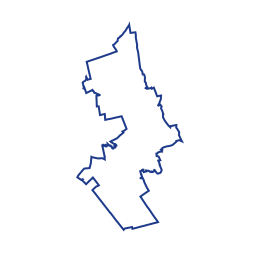 outline of Targu Secuiesc, Covasna, Romania, rotated 292°
{"feature_id": "2599482B4522820448133", "entity_name": "Targu Secuiesc", "entity_type": "district", "adm_level": 2, "iso_a3": "ROU", "parent_name": "Romania", "parent_adm1": "Covasna", "projection": "orthographic", "projection_center": [26.171, 46.007], "detail": "fine", "context": "isolated", "style": "outline", "palette": "blue", "viewbox_px": 256, "rotation_deg": 292, "n_neighbors": 0, "source": "geoboundaries", "source_scale": "gbopen_adm2", "svg_char_len": 5544}
<svg xmlns="http://www.w3.org/2000/svg" viewBox="0 0 256 256"><g transform="rotate(292 128 128)"><path d="M145.9,167.3L145.7,166.8L144.5,167.0L145.3,164.9L145.7,164.1L147.9,160.4L148.8,159.1L151.0,156.5L154.7,154.9L154.7,155.0L156.4,153.6L157.8,152.1L158.8,151.2L159.7,151.1L160.6,151.1L161.6,149.3L161.3,149.2L160.6,148.3L160.2,148.0L160.3,147.5L161.2,147.5L162.8,147.8L164.1,147.6L166.7,147.7L167.9,147.3L170.5,146.5L170.3,146.1L168.3,143.2L172.8,139.0L175.1,136.8L173.3,135.4L173.6,134.9L174.0,134.6L173.8,134.5L173.4,134.0L171.6,131.2L171.4,130.8L171.6,129.7L171.6,129.4L171.8,129.4L172.7,130.2L173.1,130.6L173.8,129.7L175.1,128.5L176.4,127.8L176.8,127.3L177.0,127.0L177.1,126.5L177.3,126.2L180.3,125.1L181.5,124.6L182.5,123.9L183.0,123.4L183.4,123.2L183.5,123.1L183.6,122.8L183.6,122.6L183.2,121.6L184.9,120.6L186.0,119.7L186.3,119.2L186.9,118.0L187.1,117.8L187.5,117.4L188.1,117.0L188.3,116.7L201.9,109.1L205.7,106.4L206.9,105.8L207.6,105.6L207.9,105.6L208.2,105.5L211.2,103.6L214.5,101.5L217.4,100.3L219.5,99.0L217.1,94.7L224.0,90.5L223.6,90.5L220.0,89.6L217.5,89.3L214.6,88.3L213.0,88.0L211.6,87.5L209.4,86.5L209.5,86.4L209.1,86.3L208.4,86.0L207.7,85.3L207.3,85.2L206.4,85.3L205.5,85.6L205.0,85.7L204.5,85.6L200.9,84.1L200.3,83.8L199.3,83.1L198.6,83.8L198.1,84.4L196.1,87.5L195.6,88.2L194.8,88.9L192.3,86.0L190.0,83.6L187.5,80.6L184.8,77.6L173.9,64.9L171.1,66.9L168.6,68.6L159.5,75.0L158.1,73.0L157.6,72.5L158.4,71.7L159.9,70.0L159.5,70.0L159.0,70.5L157.9,70.9L156.7,70.9L155.4,70.4L154.3,69.4L153.7,69.1L153.3,69.1L153.1,69.0L149.0,71.8L148.0,71.9L148.0,72.0L148.4,72.2L149.1,72.4L144.8,76.2L146.3,77.6L149.9,80.7L149.2,81.1L149.4,81.7L149.2,82.2L149.1,82.5L148.8,82.8L148.6,83.1L148.2,83.3L148.0,83.9L148.0,84.2L148.2,84.6L148.3,85.0L148.0,86.5L148.2,88.2L148.2,88.4L148.0,88.8L148.1,89.2L148.1,89.3L147.9,89.4L147.6,89.1L147.2,88.7L147.1,88.3L146.8,87.7L146.1,86.6L136.3,91.0L137.1,92.7L129.5,97.2L130.1,98.1L132.3,101.2L130.5,102.2L128.6,103.0L127.0,103.9L128.0,105.2L130.6,109.3L131.9,111.0L134.2,114.4L136.5,117.7L126.6,127.0L124.3,125.6L122.7,124.2L122.0,125.5L120.1,124.5L117.9,123.2L115.4,122.2L114.5,121.7L113.2,120.7L108.9,116.8L108.6,117.5L108.4,119.1L108.0,120.8L108.0,121.0L108.1,121.3L108.3,121.9L108.2,122.3L107.9,122.6L108.0,123.0L107.8,123.2L107.5,123.4L107.6,123.5L107.5,123.8L107.2,123.9L106.7,123.5L106.5,123.1L106.4,122.6L106.5,122.3L106.4,122.1L106.2,122.0L105.9,122.2L105.9,122.3L106.3,122.6L106.3,122.8L106.2,122.9L106.0,123.2L105.5,123.5L105.2,123.5L105.1,123.4L105.1,122.9L105.2,122.6L105.1,122.4L104.6,122.5L104.1,122.3L103.5,122.1L103.3,121.9L103.2,121.5L103.5,120.8L103.8,120.7L104.2,120.1L104.6,119.9L104.8,119.7L104.6,119.2L104.6,118.9L104.7,118.6L105.1,118.3L104.7,117.9L104.6,117.2L105.0,116.9L104.9,116.6L105.0,115.7L105.4,115.3L105.7,115.2L105.8,114.9L105.6,115.0L105.2,115.4L104.6,115.2L104.4,115.2L104.3,115.3L104.1,115.4L103.7,115.2L103.1,115.1L102.9,114.9L102.6,114.5L102.9,114.2L103.5,113.9L103.7,113.5L103.9,113.4L103.9,113.2L103.7,113.1L103.2,113.1L102.8,113.0L102.5,112.8L102.4,112.7L102.4,112.3L102.5,112.0L102.6,111.8L102.9,111.6L103.1,111.1L102.7,110.9L102.3,110.6L94.5,115.9L93.1,116.7L92.9,117.0L92.8,116.9L90.2,118.2L90.3,117.4L90.3,116.2L90.2,115.2L89.9,114.3L89.3,113.4L89.0,112.7L88.7,111.9L88.5,111.4L88.0,108.7L87.6,106.3L87.5,105.7L87.6,104.9L81.1,106.8L76.5,107.4L75.2,105.0L74.3,103.1L73.9,102.7L73.5,102.4L72.1,101.9L66.1,99.9L64.9,99.6L63.3,99.5L62.3,104.3L62.7,104.6L63.2,104.7L63.5,105.0L63.5,105.3L63.3,105.2L62.9,105.2L62.5,105.1L62.3,105.3L60.2,110.2L64.0,111.8L64.4,111.9L64.5,112.1L65.4,112.4L65.9,112.7L66.7,113.0L66.9,113.2L67.1,113.4L67.3,113.4L67.6,113.4L68.3,113.8L68.9,113.8L69.0,113.9L64.2,122.1L63.9,122.5L62.0,120.7L61.5,120.3L58.6,118.9L57.1,118.3L54.3,123.3L52.3,126.7L42.6,143.4L42.6,143.6L42.6,143.8L41.5,145.6L38.4,150.7L32.0,162.1L33.0,162.3L33.5,162.6L37.7,168.8L36.2,169.9L52.0,191.1L52.3,190.7L56.5,184.0L60.4,178.3L62.5,174.8L69.1,165.2L73.0,167.7L77.6,170.8L79.5,168.2L81.2,166.3L84.1,163.2L85.1,162.5L87.0,160.5L86.9,160.4L86.6,159.8L86.2,158.6L86.6,158.5L87.2,160.0L89.9,157.8L89.8,157.6L91.8,156.1L92.5,155.5L93.2,156.2L93.6,156.5L94.3,156.7L94.7,156.9L95.0,157.6L94.5,157.7L93.5,158.2L93.5,158.8L93.0,159.2L93.1,159.4L93.7,159.9L94.5,161.1L95.3,160.4L95.4,160.7L95.5,161.0L95.6,161.6L95.8,162.6L96.1,163.1L96.1,163.3L95.8,164.2L95.6,164.5L95.8,164.9L95.8,165.5L96.3,165.9L96.5,166.2L96.3,166.3L96.0,166.5L96.2,167.1L97.0,167.9L97.4,168.1L97.9,168.2L99.0,168.1L99.1,168.4L98.9,168.6L98.3,168.8L98.2,169.0L98.0,169.3L98.1,169.8L98.0,170.1L97.7,170.4L97.4,170.9L96.9,172.0L96.8,172.5L96.9,172.8L97.3,173.4L97.6,173.7L97.7,173.8L98.5,174.7L98.7,174.8L98.9,174.9L100.5,175.1L101.8,174.9L105.3,171.4L105.4,171.6L107.0,170.4L109.1,168.3L109.6,169.1L110.2,170.0L113.0,167.1L112.9,166.2L112.8,165.6L112.7,165.1L114.9,163.9L115.0,164.1L115.5,164.8L116.1,164.9L116.5,165.0L117.3,165.8L117.7,166.2L117.9,166.6L118.2,167.0L118.4,167.4L118.7,167.6L118.8,168.0L119.0,167.8L119.1,167.7L119.4,167.7L119.4,167.9L119.8,168.2L120.3,168.1L120.5,168.1L120.6,167.9L120.2,167.2L120.3,166.8L120.3,166.7L120.5,166.8L121.1,167.0L121.5,167.0L122.6,167.6L123.1,168.0L123.5,168.5L123.9,168.9L124.4,169.5L125.1,170.3L125.6,171.0L126.1,171.9L126.4,172.4L127.5,174.0L128.1,174.7L128.8,175.5L129.3,175.9L129.5,175.9L131.1,176.8L132.7,177.6L133.7,178.0L134.1,177.7L135.9,180.1L135.8,183.0L138.6,179.9L140.3,178.2L140.9,177.8L143.3,177.0L143.7,176.5L145.4,174.3L146.2,172.9L146.6,172.5L148.9,171.7L147.5,169.5L145.9,167.3Z" fill="none" stroke="#1e3a8a" stroke-width="2"/></g></svg>